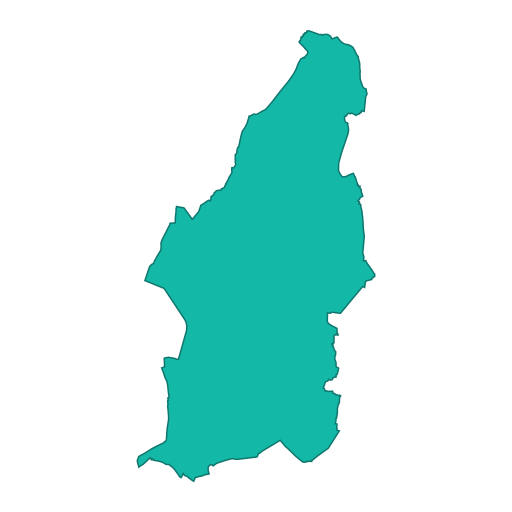 outline of Ban Mi, Lop Buri, Thailand
{"feature_id": "78962969B12311956961781", "entity_name": "Ban Mi", "entity_type": "district", "adm_level": 2, "iso_a3": "THA", "parent_name": "Thailand", "parent_adm1": "Lop Buri", "projection": "equal_earth", "projection_center": [100.564, 15.079], "detail": "fine", "context": "isolated", "style": "filled", "palette": "teal", "viewbox_px": 512, "rotation_deg": 0, "n_neighbors": 0, "source": "geoboundaries", "source_scale": "gbopen_adm2", "svg_char_len": 6013}
<svg xmlns="http://www.w3.org/2000/svg" viewBox="0 0 512 512"><path d="M337.1,37.0L332.0,38.9L330.6,36.4L329.7,35.6L327.6,34.4L324.0,34.4L322.4,35.3L321.8,34.6L321.3,34.4L319.8,34.7L309.5,31.0L309.1,31.3L308.2,30.7L307.4,30.9L306.8,31.2L306.6,32.3L305.9,33.0L305.7,33.0L305.4,32.7L305.1,32.7L304.7,33.1L304.7,33.8L304.3,33.6L303.9,34.2L303.3,34.5L303.2,34.7L303.5,35.0L302.7,35.8L302.8,36.3L302.5,36.9L302.1,37.2L301.5,37.2L301.3,36.9L301.0,37.1L301.1,38.3L300.6,39.1L300.7,39.5L300.4,40.9L300.2,41.0L299.8,40.8L299.3,41.5L299.2,42.4L303.4,46.5L305.4,49.0L306.4,49.8L307.5,51.0L307.7,52.7L307.2,54.5L306.5,54.9L305.5,56.2L305.1,56.5L304.5,57.8L303.8,57.4L300.9,58.9L299.1,61.9L297.4,65.5L297.0,66.7L296.9,67.5L294.7,71.9L293.6,73.8L290.2,78.8L287.9,82.0L280.2,91.4L271.6,102.5L266.1,108.9L265.1,109.8L262.5,111.0L257.1,114.2L255.7,114.4L254.5,114.1L253.3,114.3L250.6,115.8L249.0,116.2L248.8,117.6L246.9,123.7L244.9,127.6L242.2,131.5L241.0,136.1L240.7,137.8L240.4,138.8L238.9,145.9L238.5,147.1L237.8,147.3L236.9,150.7L236.7,153.0L236.0,154.2L235.3,154.6L235.2,159.6L235.5,160.3L235.2,161.1L235.3,162.5L235.7,164.2L235.6,164.8L234.1,167.3L233.9,167.9L233.1,167.8L232.6,168.0L232.4,167.6L232.0,167.6L231.7,167.9L231.9,172.8L229.0,177.4L227.9,180.1L226.9,181.9L226.6,182.7L225.7,183.8L226.0,184.3L225.2,185.2L224.2,187.6L221.4,188.9L221.5,189.8L216.4,190.7L214.0,193.2L214.1,194.1L213.0,195.2L211.1,196.6L211.4,197.4L210.8,197.9L211.0,198.8L210.5,200.8L208.8,200.2L206.5,201.5L203.5,203.7L200.9,205.2L198.8,211.5L192.3,219.3L184.0,207.9L176.5,206.5L176.4,207.8L176.0,209.3L176.1,211.1L175.4,217.4L175.2,222.9L170.4,223.2L170.1,223.5L170.3,223.6L162.1,239.7L161.0,242.9L161.1,246.6L160.9,249.6L160.8,250.1L156.6,257.1L155.6,259.2L155.2,259.5L153.5,263.5L151.5,264.5L149.6,266.6L144.9,280.6L164.1,288.4L184.9,319.8L186.0,322.2L186.6,324.6L186.8,327.0L186.7,329.5L186.3,331.4L178.5,359.1L176.9,359.3L174.4,358.3L170.8,357.8L168.6,357.3L165.5,357.8L164.2,358.3L164.6,366.8L161.6,367.9L163.2,371.8L164.9,377.1L166.9,381.5L167.4,383.5L167.7,385.4L168.4,392.7L169.1,397.6L167.8,398.0L168.3,400.4L167.6,400.9L168.0,404.2L168.0,404.6L167.8,404.8L167.7,406.9L168.1,409.9L168.5,415.6L168.6,419.4L167.1,429.0L166.4,439.6L165.9,440.5L165.2,441.4L162.9,443.2L157.2,445.9L151.9,448.7L144.4,453.4L138.7,456.5L137.3,460.4L137.5,462.2L138.9,467.2L139.4,466.6L143.2,464.2L148.9,458.9L150.5,457.7L151.3,459.8L152.6,458.9L153.1,460.1L153.3,460.2L157.5,460.9L160.8,461.7L163.5,462.8L165.9,464.3L169.4,464.6L170.4,465.8L171.5,466.5L172.7,467.5L174.5,469.4L178.8,475.3L179.5,476.6L180.5,477.4L181.0,477.6L181.5,477.2L182.5,474.8L183.4,473.6L184.0,474.8L184.5,475.3L185.7,476.0L187.1,476.2L188.6,477.8L189.9,478.6L191.9,480.2L193.7,481.3L195.1,478.0L195.7,477.4L197.5,477.1L199.0,476.4L200.5,476.4L205.0,474.8L209.1,473.9L208.3,471.1L208.1,469.6L208.1,468.0L208.8,466.0L210.2,464.8L211.0,464.9L211.9,464.6L213.2,465.9L215.9,463.8L218.0,462.8L226.0,460.2L231.8,458.7L232.7,458.7L236.8,459.4L256.8,457.0L257.4,456.4L258.5,453.4L259.6,453.3L261.9,451.3L280.2,440.3L285.2,446.3L287.7,448.4L295.9,456.4L302.3,461.7L303.9,462.3L307.3,461.7L307.3,461.3L311.7,461.4L311.5,460.5L312.7,459.9L316.8,456.5L328.3,448.2L339.3,430.9L336.9,430.2L337.0,428.0L336.7,427.8L337.0,424.0L335.3,423.7L335.9,421.0L336.1,417.9L336.6,417.8L337.2,414.0L337.5,411.1L337.2,409.7L337.4,408.7L338.2,404.8L338.7,404.2L339.4,402.1L339.5,398.7L339.7,397.5L340.0,396.8L340.7,396.0L339.8,395.1L338.3,395.6L336.7,394.6L336.2,394.8L335.8,394.8L335.0,394.2L334.9,393.8L334.7,393.5L333.1,393.3L332.7,392.8L332.7,391.4L332.3,391.1L330.6,391.4L329.7,391.2L328.5,391.5L325.8,390.7L325.0,390.9L324.4,388.7L323.3,387.9L323.7,387.1L324.2,385.3L324.7,384.4L325.1,382.5L325.5,381.9L327.9,380.8L328.6,379.4L330.3,380.1L331.9,379.8L332.3,379.6L332.8,378.3L333.6,377.4L334.9,377.1L335.9,377.2L336.1,376.8L336.1,374.9L336.7,374.8L337.4,373.8L337.9,371.1L338.2,370.5L338.6,368.2L338.3,367.8L336.4,367.1L336.2,366.8L336.0,365.4L336.1,364.4L335.9,362.2L335.5,360.9L335.0,360.0L334.8,358.4L335.0,356.1L335.6,354.8L335.7,351.7L335.6,351.4L334.8,350.9L334.6,350.5L333.5,347.6L333.4,346.5L333.1,346.1L332.6,346.0L332.5,345.6L332.7,345.0L332.2,344.8L332.0,343.9L332.8,343.2L333.5,343.6L334.1,342.3L333.8,339.9L334.1,339.0L334.1,337.9L333.7,336.9L334.1,335.9L334.8,335.4L335.1,334.8L336.1,334.2L336.5,334.4L337.0,335.1L337.7,334.8L338.0,334.9L337.8,334.0L336.7,330.9L337.0,330.4L337.0,328.4L331.0,325.3L328.5,323.5L328.0,322.9L327.4,321.7L327.3,321.0L327.5,313.0L330.5,313.2L331.8,312.2L340.4,313.3L362.6,286.6L364.6,287.4L365.5,281.8L365.8,281.4L365.9,281.0L371.8,279.5L371.8,278.1L373.6,277.3L373.7,277.0L374.7,276.4L374.7,274.0L373.6,272.9L372.2,270.4L367.4,263.8L366.4,262.1L365.7,260.5L363.7,260.8L363.4,260.6L363.9,256.9L363.2,254.4L362.7,253.9L364.3,236.0L363.7,231.9L363.3,228.4L363.0,221.8L362.6,217.0L361.8,210.5L360.9,207.2L360.6,204.2L358.8,204.0L359.5,201.9L357.9,200.8L359.8,198.8L360.0,197.8L362.8,196.1L361.4,192.3L361.2,189.6L360.2,188.3L360.1,187.3L359.7,187.1L359.8,186.2L358.7,186.6L358.3,185.2L357.8,185.5L357.2,184.8L357.5,183.4L357.0,182.8L355.7,178.4L355.4,177.7L355.4,177.2L354.7,176.6L353.9,174.4L353.2,173.3L348.5,175.2L346.3,176.4L344.1,176.9L342.8,176.9L341.9,176.4L340.7,174.8L338.8,171.5L338.5,170.1L338.7,163.0L341.8,151.9L348.0,133.7L348.6,129.6L348.2,126.6L347.5,124.2L347.9,123.5L347.3,122.9L345.8,122.4L345.0,121.1L344.7,119.9L344.5,116.3L345.7,116.2L346.0,115.8L346.7,115.7L347.2,114.2L348.0,113.3L350.1,113.8L351.8,113.1L356.1,115.4L356.3,114.9L357.0,114.5L357.7,114.5L358.3,114.1L359.6,113.8L359.8,113.6L360.1,112.3L361.2,112.4L361.7,110.7L364.2,111.4L365.6,97.6L365.9,96.2L366.9,94.4L367.0,93.9L366.2,90.4L366.2,89.1L363.4,87.8L362.9,87.1L360.5,80.2L360.2,78.7L360.0,73.8L360.2,71.4L359.7,67.0L359.8,64.6L359.5,62.3L358.5,59.0L358.3,56.9L356.9,54.9L355.8,52.9L354.9,51.1L354.7,50.2L354.0,49.6L353.5,48.4L352.8,47.2L350.5,45.7L348.4,44.7L345.5,44.3L343.9,43.7L341.9,42.4L340.1,40.8L338.0,37.9L337.1,37.0Z" fill="#14b8a6" stroke="#0f766e" stroke-width="1.5"/></svg>